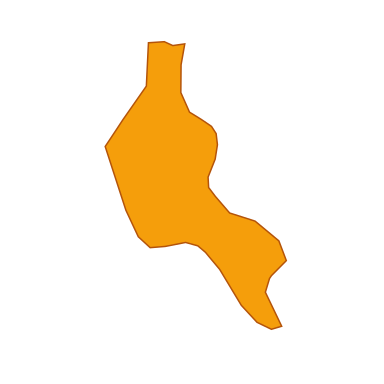 outline of Hauts-Plateaux, Ouest, Cameroon, rotated 342°
{"feature_id": "32672807B20400591725657", "entity_name": "Hauts-Plateaux", "entity_type": "district", "adm_level": 2, "iso_a3": "CMR", "parent_name": "Cameroon", "parent_adm1": "Ouest", "projection": "robinson", "projection_center": [10.369, 5.306], "detail": "fine", "context": "isolated", "style": "filled", "palette": "amber", "viewbox_px": 384, "rotation_deg": 342, "n_neighbors": 0, "source": "geoboundaries", "source_scale": "gbopen_adm2", "svg_char_len": 656}
<svg xmlns="http://www.w3.org/2000/svg" viewBox="0 0 384 384"><g transform="rotate(342 192 192)"><path d="M235.8,347.4L234.1,334.7L230.8,310.0L239.0,298.2L241.7,296.1L260.5,286.4L259.5,265.3L243.0,239.2L221.3,223.6L212.8,203.3L209.2,192.9L211.9,182.8L224.2,167.9L230.8,154.9L233.0,143.9L230.8,135.6L223.3,125.9L214.3,115.3L212.1,94.0L220.9,67.7L230.9,48.9L219.0,46.8L212.1,40.5L196.7,36.6L181.3,77.2L148.5,102.0L137.9,110.5L123.5,121.9L123.5,188.9L127.1,218.0L135.0,232.0L149.7,235.5L170.3,238.0L180.9,245.0L186.2,253.6L188.6,259.7L194.4,274.1L203.9,315.1L213.6,336.1L225.1,347.1L235.8,347.4Z" fill="#f59e0b" stroke="#b45309" stroke-width="1.5"/></g></svg>